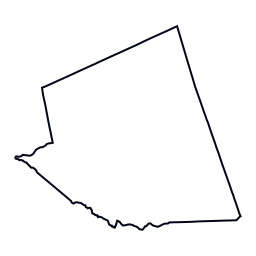 outline of Igembe North, Eastern, Kenya
{"feature_id": "3690345B95296214722814", "entity_name": "Igembe North", "entity_type": "district", "adm_level": 2, "iso_a3": "KEN", "parent_name": "Kenya", "parent_adm1": "Eastern", "projection": "mercator", "projection_center": [37.925, 0.489], "detail": "fine", "context": "isolated", "style": "outline", "palette": "ink", "viewbox_px": 256, "rotation_deg": 0, "n_neighbors": 0, "source": "geoboundaries", "source_scale": "gbopen_adm2", "svg_char_len": 4240}
<svg xmlns="http://www.w3.org/2000/svg" viewBox="0 0 256 256"><path d="M240.6,216.2L239.7,214.4L238.8,211.8L238.3,210.2L237.6,208.2L235.5,202.0L235.1,200.9L234.9,200.4L233.2,195.2L233.0,194.6L232.1,192.4L231.1,189.3L222.2,164.1L218.3,152.5L216.3,147.2L216.0,146.1L215.7,145.2L214.6,141.9L212.0,134.7L209.5,127.3L207.7,121.9L207.2,121.0L206.8,119.9L206.4,118.9L205.8,116.9L203.8,111.5L202.0,106.2L200.6,102.1L196.1,89.4L194.9,86.0L193.3,80.5L192.8,78.7L191.6,74.9L186.7,58.5L184.9,52.5L182.6,44.7L181.4,40.7L179.4,33.9L177.1,26.2L166.0,31.3L150.5,38.3L149.8,38.6L148.8,39.1L146.8,40.0L142.9,41.9L137.3,44.6L116.1,54.2L114.7,54.8L102.3,60.5L86.6,67.7L80.4,70.5L73.7,73.6L53.5,82.8L47.9,85.3L45.3,86.5L42.0,87.7L43.0,94.6L45.3,105.0L48.4,121.7L49.8,128.6L50.2,130.5L50.6,132.1L51.7,137.9L52.8,142.8L52.3,143.0L51.9,143.0L51.4,143.1L50.7,143.1L49.8,143.3L49.4,143.3L48.7,143.4L47.4,143.8L46.8,144.0L46.5,144.3L45.6,145.5L45.0,145.8L44.5,146.0L43.6,146.7L42.9,147.0L42.2,147.2L41.0,147.3L40.3,147.4L39.8,147.6L37.9,148.6L37.3,149.0L36.6,149.4L36.1,149.7L35.7,150.2L35.3,150.8L35.0,151.2L34.5,152.0L34.1,152.6L33.6,153.2L33.3,153.6L32.7,154.3L31.9,154.8L31.3,155.1L30.9,155.3L30.2,155.6L29.4,155.7L28.7,155.6L27.6,155.5L26.8,155.3L25.6,155.2L24.8,155.1L24.0,155.0L23.5,154.9L23.0,154.8L22.6,154.9L22.1,155.4L21.7,155.8L21.4,156.1L21.0,156.3L20.5,156.4L20.1,156.5L19.7,156.6L19.2,156.7L18.7,156.8L17.9,156.7L17.3,156.5L16.7,156.4L16.1,156.4L15.7,156.8L15.4,157.3L15.4,158.2L15.8,158.7L16.2,158.8L16.9,158.9L17.7,159.0L18.3,159.2L18.8,159.6L19.1,160.1L19.8,160.1L20.5,160.0L21.1,160.0L21.6,160.1L22.1,160.4L22.5,160.5L23.1,160.7L23.4,161.3L24.2,161.5L24.7,161.9L25.2,162.3L25.8,162.4L26.2,162.5L26.7,162.8L27.4,163.5L27.6,164.1L28.0,164.4L28.4,164.8L28.8,165.1L29.1,165.5L29.5,165.9L30.1,166.3L30.4,166.9L30.8,167.4L31.3,167.7L31.8,167.6L32.4,167.7L33.0,167.7L33.4,167.9L33.8,168.3L34.5,168.8L35.1,169.2L35.5,169.8L35.8,170.2L36.4,170.5L36.5,171.2L36.7,171.7L36.9,172.3L68.2,198.5L70.1,200.2L70.7,200.7L71.1,201.0L71.4,202.0L71.8,202.6L72.3,202.8L72.8,203.1L73.3,203.4L73.7,203.5L74.3,203.2L74.9,202.6L75.7,202.4L76.3,202.3L77.0,202.2L77.6,202.4L78.2,202.6L78.6,202.7L79.5,202.8L80.2,202.9L80.9,203.0L81.6,203.4L82.3,204.0L82.8,204.3L83.4,204.7L83.8,205.0L84.4,205.2L85.0,205.2L85.5,205.4L85.5,205.8L85.5,206.3L85.6,206.7L85.9,207.1L86.6,207.4L87.1,207.8L87.5,207.9L87.8,208.3L88.3,208.1L88.9,207.9L89.4,207.8L89.8,207.7L90.4,207.9L90.6,208.8L90.9,209.1L91.3,209.3L91.6,209.9L91.9,210.7L91.9,211.3L92.1,211.7L92.1,212.5L92.2,213.1L92.6,213.5L93.1,213.8L93.6,213.7L94.1,213.9L94.5,214.3L94.8,214.8L95.4,215.0L96.1,215.2L96.5,215.6L96.9,215.5L97.3,215.3L97.7,215.6L97.9,216.0L97.8,216.6L98.0,217.1L98.6,217.1L99.2,216.9L99.8,216.8L100.5,216.9L101.1,217.1L101.6,217.3L102.1,217.6L102.5,217.9L103.0,218.3L103.4,218.6L103.8,218.8L104.2,218.8L104.7,219.1L105.3,219.5L105.7,219.7L106.3,219.9L107.0,220.1L107.5,220.4L107.9,221.0L108.2,221.6L108.3,222.1L108.6,222.8L108.8,223.5L109.0,224.0L109.2,224.5L109.6,224.8L110.0,225.0L110.6,225.2L111.1,225.6L111.9,225.7L111.7,226.2L112.2,226.7L112.8,226.8L113.3,227.2L113.7,227.0L114.1,227.4L114.8,227.6L115.0,226.9L115.1,226.2L115.6,225.8L115.8,225.4L117.2,220.7L117.8,220.8L118.2,221.0L118.7,221.5L119.6,221.8L120.0,222.3L120.4,222.8L120.8,223.4L121.2,223.9L121.7,224.5L122.2,224.9L122.7,225.2L123.0,225.5L123.9,225.4L124.5,225.4L125.0,225.3L125.6,225.1L126.0,225.0L126.5,224.9L127.2,224.8L127.8,224.5L128.4,224.5L129.1,224.5L129.5,224.3L130.1,224.4L130.7,224.7L131.2,224.8L131.9,224.8L132.7,224.9L133.1,225.3L133.5,225.7L134.3,225.9L134.9,226.1L135.7,226.4L136.3,226.7L136.9,226.9L137.4,227.2L138.0,227.7L138.3,228.0L138.7,228.5L139.4,229.1L140.0,229.3L140.4,229.4L141.3,229.5L142.3,229.8L142.8,229.4L143.3,228.8L144.3,227.5L144.8,226.8L145.1,226.3L145.6,226.2L146.4,226.1L147.0,225.3L147.4,224.9L148.4,223.7L148.9,223.6L149.5,223.5L150.3,223.4L152.8,225.4L157.1,226.7L157.6,226.8L158.1,226.7L158.6,226.5L161.9,224.9L162.6,224.5L163.1,224.3L163.9,223.9L164.5,223.8L165.1,223.6L165.7,223.6L168.0,223.5L169.6,222.3L170.2,222.4L173.4,222.3L178.1,222.2L189.5,221.9L199.0,221.4L201.6,221.3L209.1,221.1L224.0,220.6L232.9,220.4L236.5,220.2L239.9,216.6L240.6,216.2Z" fill="none" stroke="#020617" stroke-width="2"/></svg>